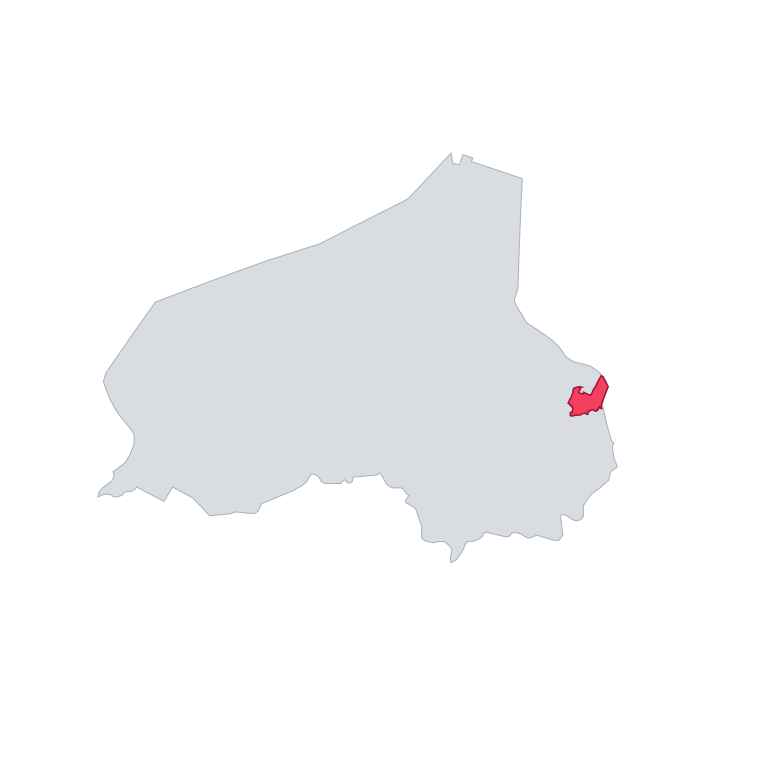 Sinjar, Ninawa, Iraq (highlighted), rotated 122°
{"feature_id": "34846034B46284853096134", "entity_name": "Sinjar", "entity_type": "district", "adm_level": 2, "iso_a3": "IRQ", "parent_name": "Iraq", "parent_adm1": "Ninawa", "projection": "albers", "projection_center": [41.933, 36.336], "detail": "fine", "context": "in_parent", "style": "filled", "palette": "rose", "viewbox_px": 768, "rotation_deg": 122, "n_neighbors": 0, "source": "geoboundaries", "source_scale": "gbopen_adm2", "svg_char_len": 5957}
<svg xmlns="http://www.w3.org/2000/svg" viewBox="0 0 768 768"><g transform="rotate(122 384 384)"><path d="M312.2,158.0L316.7,156.7L325.1,149.6L330.0,142.9L331.6,142.3L336.0,144.5L339.2,145.0L346.5,142.4L350.8,143.7L354.5,145.3L356.6,145.4L366.4,149.4L368.9,149.9L373.9,150.3L381.5,150.4L386.3,147.6L389.7,144.9L392.1,144.9L394.4,145.5L396.4,146.5L398.1,148.4L399.0,151.2L398.9,160.1L399.7,162.4L401.0,164.1L402.7,164.4L404.7,162.4L408.3,159.5L412.6,156.3L415.8,153.4L417.7,152.3L420.6,152.4L423.5,152.8L425.2,154.1L425.2,154.5L426.9,158.6L431.2,174.1L433.5,176.0L436.1,177.6L438.0,179.8L438.7,182.1L438.6,185.8L438.8,190.0L440.0,193.1L441.5,195.5L442.9,196.7L445.0,196.8L447.4,197.3L449.1,199.7L455.0,217.2L455.6,219.5L457.8,220.2L461.4,219.7L465.2,221.4L469.2,224.1L473.2,229.4L475.8,230.2L483.6,229.0L494.4,229.5L499.6,232.0L499.2,233.8L495.4,235.9L488.6,238.4L486.7,242.3L485.8,247.3L486.1,250.1L487.9,253.1L493.1,258.9L493.4,261.1L494.4,264.2L495.4,266.2L494.6,270.3L490.3,273.3L484.6,276.6L473.4,290.6L472.6,293.5L473.0,301.6L471.9,303.9L468.2,304.0L465.3,303.7L465.3,306.5L463.5,310.3L462.6,313.6L467.2,321.1L468.1,325.1L467.6,328.9L463.8,335.4L461.6,339.8L462.2,340.7L465.4,342.3L475.7,356.0L479.1,360.8L483.2,359.4L484.7,359.4L486.0,360.1L486.8,361.8L486.9,363.9L486.0,367.1L491.3,368.1L493.4,371.3L500.0,381.9L499.9,385.2L497.2,390.5L497.3,393.9L498.1,397.0L499.1,398.0L508.3,398.0L512.3,399.1L522.1,404.2L533.4,412.3L542.6,418.8L550.5,424.4L558.7,423.5L560.9,424.5L563.1,426.2L565.7,431.0L571.0,441.9L575.2,445.3L581.9,453.8L588.2,461.8L585.1,473.4L582.0,485.4L582.9,500.5L583.4,508.7L591.4,508.6L600.2,508.4L600.9,518.1L601.6,527.9L602.4,539.1L605.0,539.4L609.3,541.5L611.3,545.0L613.7,546.8L616.4,547.0L619.2,548.6L622.0,551.6L623.1,554.0L622.5,555.7L623.3,558.6L625.4,562.7L627.8,564.5L631.4,566.7L626.8,568.4L621.6,567.7L610.4,563.5L606.9,563.6L602.4,565.7L602.3,567.4L590.4,562.7L586.2,561.8L584.7,561.8L578.1,562.2L568.8,563.7L563.4,566.3L559.7,568.8L558.1,571.3L557.5,572.5L554.9,579.5L551.9,588.5L548.7,596.6L542.2,608.1L538.5,613.4L530.6,623.4L521.6,625.7L500.4,624.7L477.0,623.6L453.7,622.3L436.4,621.3L435.0,620.8L417.6,607.6L403.9,597.2L386.8,584.1L369.5,570.6L352.0,556.9L339.4,546.9L324.1,533.9L310.2,522.1L299.3,512.8L285.4,504.5L274.6,498.1L258.9,488.7L246.4,481.1L235.7,474.6L219.2,464.5L213.8,461.7L196.7,458.1L180.6,455.0L163.9,451.7L152.7,449.4L160.3,442.6L158.2,436.3L152.8,437.3L147.9,438.6L145.2,428.7L149.0,427.6L145.9,414.8L142.7,401.5L139.7,388.7L136.6,375.5L150.7,367.6L161.3,361.7L176.1,353.3L190.3,345.2L203.7,337.5L218.5,328.9L231.6,321.2L243.6,318.1L246.2,315.6L251.7,304.9L256.4,295.7L256.7,293.6L256.8,280.5L257.7,265.1L259.3,256.9L262.0,249.7L264.5,244.4L264.7,239.5L264.5,234.4L262.0,226.8L259.4,218.9L259.8,211.2L260.3,207.2L262.0,200.6L264.8,195.9L267.7,192.9L278.8,189.9L285.4,188.1L294.1,179.7L299.3,174.6L306.5,166.7L311.8,160.8L312.2,158.8L312.2,158.0Z" fill="#d9dde1" stroke="#a8b0b8" stroke-width="1"/><path d="M302.7,217.7L302.7,217.1L302.8,216.3L303.0,215.5L303.3,214.9L303.5,214.3L303.6,213.9L303.2,213.8L303.0,213.7L302.9,213.4L303.0,213.0L303.5,212.7L303.8,212.7L304.0,212.3L303.8,212.0L303.8,211.6L304.0,211.3L304.6,210.9L305.0,210.8L305.4,210.6L305.9,210.4L306.2,210.2L306.6,209.9L307.0,209.8L307.4,209.7L307.7,209.8L308.0,210.1L308.4,210.1L308.7,210.1L309.0,210.3L309.2,210.6L309.6,210.8L309.9,210.8L310.1,210.5L310.3,210.2L310.3,209.9L310.5,209.8L310.9,209.7L311.2,209.8L311.6,209.7L311.9,209.5L312.0,209.2L312.0,208.5L311.9,208.4L311.6,207.8L311.3,207.3L310.9,206.8L310.7,206.6L310.5,206.4L310.4,206.2L310.2,206.1L309.1,205.6L308.9,205.1L308.7,204.8L308.4,204.1L308.1,203.7L307.8,203.2L307.7,203.1L306.8,202.0L306.2,201.1L305.9,200.8L305.8,200.6L305.4,200.6L304.7,200.5L304.3,200.4L303.8,199.8L303.3,199.3L302.7,198.6L302.4,198.2L302.1,197.8L302.1,197.5L302.2,196.9L302.1,196.3L302.1,196.0L302.0,195.6L301.8,195.1L301.6,195.1L301.2,195.2L300.3,195.8L299.6,196.3L299.4,196.5L298.9,196.5L298.9,195.9L298.7,195.6L298.2,195.3L297.9,195.2L297.5,194.9L296.7,194.6L296.4,194.5L295.6,194.3L295.3,194.2L295.3,193.8L295.2,193.3L295.2,192.9L295.3,192.6L295.4,192.0L295.3,191.7L295.1,191.2L295.0,190.9L294.9,190.7L294.8,190.4L294.7,189.9L294.6,189.7L294.5,189.4L293.9,189.5L293.5,189.6L293.2,189.4L292.9,189.0L292.5,188.8L292.4,189.2L292.4,189.4L291.9,189.2L291.3,189.1L291.0,189.0L290.7,189.0L290.4,189.2L290.2,189.3L289.7,189.6L289.5,189.4L289.4,189.1L289.5,188.9L289.8,188.6L289.9,188.3L289.8,187.5L289.8,187.3L289.5,186.3L287.9,187.8L287.4,188.4L283.8,189.3L282.9,189.5L280.1,190.2L276.7,190.8L272.7,191.5L270.3,191.9L269.1,192.2L267.5,192.4L265.2,196.4L264.6,197.5L263.4,199.6L261.8,202.2L261.9,203.5L261.8,204.3L262.6,204.2L262.9,204.2L263.4,204.2L264.4,204.1L265.3,204.1L265.8,204.1L266.4,204.1L267.1,204.0L268.2,204.0L268.7,203.9L268.9,203.9L269.8,203.8L270.4,203.7L271.0,203.6L271.7,203.5L272.2,203.5L273.1,203.4L273.8,203.4L274.3,203.4L275.2,203.4L275.9,203.4L276.8,203.4L278.1,203.5L278.9,203.5L279.6,203.2L280.4,203.0L281.0,202.9L281.5,202.9L281.9,202.8L283.1,202.7L283.7,202.7L284.1,203.6L284.4,204.2L284.7,204.9L284.9,205.2L284.8,205.6L284.9,206.2L284.9,207.0L285.0,208.2L285.1,209.1L285.2,209.6L285.2,209.8L285.3,210.3L285.4,210.6L285.7,210.3L285.9,210.0L286.2,209.7L286.4,209.8L286.6,209.9L287.3,210.1L287.4,210.9L287.4,211.4L287.8,212.0L287.9,212.6L288.1,213.1L288.3,213.9L288.0,214.2L287.7,214.4L287.3,214.5L286.8,214.7L285.8,214.7L284.6,214.6L284.4,214.8L284.0,215.8L283.5,215.6L283.1,215.4L282.3,214.9L281.9,214.6L282.1,215.1L282.5,216.0L282.8,216.8L283.2,217.5L283.4,217.8L283.7,218.1L284.0,218.3L284.3,218.6L284.9,219.1L285.1,219.2L285.8,219.8L286.4,220.4L286.7,220.7L287.7,220.7L288.0,220.6L288.3,220.6L288.7,220.5L289.1,220.4L289.8,219.9L290.2,219.7L290.9,219.4L291.3,219.1L291.8,219.0L292.7,219.0L293.6,219.0L294.0,218.8L294.2,218.7L295.3,218.3L296.1,218.3L297.8,218.3L299.7,218.2L300.9,217.6L302.3,217.7L302.7,217.7Z" fill="#f43f5e" stroke="#9f1239" stroke-width="1.5"/></g></svg>